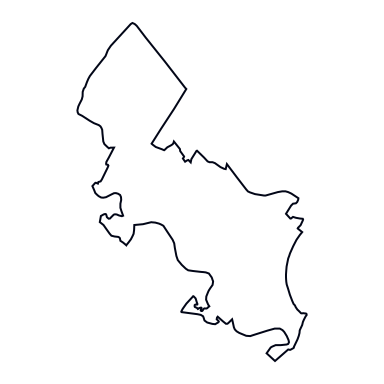 outline of Phan Rang-Thap Cham, Ninh Thuận, Vietnam
{"feature_id": "81297802B48689828615161", "entity_name": "Phan Rang-Thap Cham", "entity_type": "district", "adm_level": 2, "iso_a3": "VNM", "parent_name": "Vietnam", "parent_adm1": "Ninh Thuận", "projection": "natural_earth1", "projection_center": [108.979, 11.602], "detail": "fine", "context": "isolated", "style": "outline", "palette": "ink", "viewbox_px": 384, "rotation_deg": 0, "n_neighbors": 0, "source": "geoboundaries", "source_scale": "gbopen_adm2", "svg_char_len": 4333}
<svg xmlns="http://www.w3.org/2000/svg" viewBox="0 0 384 384"><path d="M131.5,23.6L130.8,24.0L110.9,45.7L107.9,50.1L107.2,51.8L106.4,53.9L105.5,56.1L96.1,67.9L89.9,76.0L88.4,78.7L86.9,82.2L85.2,86.9L83.8,88.6L82.7,91.9L82.6,96.3L81.8,99.4L79.5,103.9L78.3,106.5L77.4,110.4L77.7,112.4L78.5,114.0L82.1,115.8L89.8,120.8L94.0,123.2L98.8,125.1L100.5,126.4L101.5,128.1L102.2,129.8L102.5,133.9L103.3,141.5L104.4,144.1L107.5,147.1L108.9,148.3L110.4,147.7L114.0,147.6L108.9,157.4L106.4,161.9L106.1,163.8L106.3,164.5L107.9,164.8L108.4,165.7L107.6,167.7L101.9,179.4L100.6,181.4L98.4,182.0L97.9,183.6L96.0,182.8L95.4,182.8L94.6,183.6L92.4,186.1L94.0,189.7L95.3,193.0L96.9,194.6L98.6,196.1L101.1,197.5L103.2,197.7L106.0,197.2L111.7,194.3L114.0,193.2L115.9,193.1L118.0,193.7L120.1,195.0L121.0,197.1L121.2,199.9L120.4,203.7L120.4,207.8L121.4,211.0L123.1,215.7L121.9,216.2L119.1,215.5L116.8,214.5L115.1,214.3L114.5,214.4L113.7,214.7L111.0,217.4L110.0,218.5L108.7,218.7L107.5,217.7L106.9,217.1L106.3,214.9L105.8,214.1L105.1,214.0L103.7,214.4L100.9,216.0L99.8,222.1L103.5,225.0L106.3,229.0L109.6,233.6L111.4,235.7L114.6,236.5L118.2,236.9L119.3,237.5L119.9,238.2L120.4,240.8L123.0,242.5L125.4,244.5L126.3,245.3L126.4,245.1L128.5,242.5L130.9,239.3L132.5,236.2L133.6,233.8L134.1,230.0L134.3,225.0L143.0,224.2L151.3,222.2L152.0,222.3L155.3,222.6L159.0,223.6L161.3,224.6L163.4,225.8L167.2,231.6L172.6,239.7L174.2,243.3L174.9,248.2L176.4,256.0L177.8,260.1L181.7,264.8L185.8,268.7L188.2,270.3L193.0,271.0L200.9,271.9L203.4,272.1L205.8,272.4L208.9,273.5L211.7,277.4L212.1,278.5L212.5,279.8L213.1,281.3L212.9,282.9L212.7,284.1L212.6,284.9L210.4,288.0L208.8,290.5L208.1,292.0L206.3,296.5L206.1,299.7L208.1,304.5L209.3,306.3L208.3,307.1L207.2,308.2L206.4,308.5L205.6,308.5L204.6,308.4L204.2,308.5L203.7,308.9L202.4,310.8L202.0,311.0L201.4,311.0L201.0,310.8L200.7,310.3L200.8,309.9L201.5,308.2L201.5,307.9L201.3,307.7L201.0,307.6L200.1,307.8L199.1,308.1L198.2,308.8L197.9,309.0L196.9,307.9L195.8,307.4L194.9,307.0L194.7,306.7L194.6,305.9L194.7,305.1L195.3,304.6L196.0,304.5L197.1,304.6L197.3,304.5L197.4,304.2L197.4,303.9L196.7,302.0L196.2,300.3L195.6,298.4L193.7,296.4L193.2,296.2L192.4,297.1L186.4,303.6L182.8,308.7L181.8,310.5L181.3,311.6L181.5,312.1L191.4,313.4L197.5,314.2L200.8,314.9L203.1,316.3L203.7,317.9L204.5,320.5L207.2,322.5L212.3,323.9L215.2,324.2L218.2,322.4L218.8,321.7L218.4,320.8L216.7,319.3L217.0,317.6L217.7,316.7L222.9,321.3L226.0,323.8L227.5,323.7L228.9,322.5L232.1,319.3L232.6,321.3L233.9,327.3L234.8,329.4L236.6,331.3L239.2,332.9L246.2,335.8L250.3,336.1L251.7,335.6L254.8,334.6L267.5,330.6L274.7,328.6L279.8,328.6L282.5,330.1L284.1,331.8L284.4,332.2L286.8,336.1L288.5,340.0L289.0,342.2L288.2,343.9L286.7,344.5L281.0,345.1L275.7,345.1L272.2,346.6L270.7,347.5L266.6,353.3L275.0,361.0L286.7,350.8L288.2,349.5L288.8,349.6L289.6,349.8L290.4,349.8L293.6,348.0L293.9,347.4L293.9,346.9L297.5,339.4L298.8,335.8L299.5,333.0L299.7,330.6L300.0,329.7L302.2,325.0L302.9,322.0L303.9,319.7L305.6,316.4L306.6,315.1L306.6,314.4L306.4,313.8L305.9,313.5L304.6,313.4L303.5,313.2L303.0,313.2L301.9,313.4L301.0,313.2L299.2,311.3L297.3,309.5L295.7,307.1L295.0,305.5L294.5,304.9L293.6,304.0L292.2,300.8L289.9,294.8L288.1,288.8L287.1,285.7L286.7,284.4L286.3,281.9L286.1,279.4L286.0,277.2L286.0,274.4L286.3,270.0L286.6,266.5L288.2,258.5L289.2,255.9L290.0,253.4L293.2,246.2L296.5,239.8L299.9,234.9L301.8,232.6L302.2,232.1L297.7,228.5L298.0,227.8L300.6,225.2L302.7,220.7L303.1,219.6L302.8,218.8L299.8,218.5L295.9,217.8L293.0,216.9L291.0,218.5L290.3,218.5L286.0,213.8L291.1,205.6L293.0,203.7L295.9,203.3L297.2,202.0L298.2,199.7L298.4,198.2L291.4,193.6L288.2,192.1L285.4,191.3L282.4,191.3L277.8,192.1L265.7,195.5L263.8,195.5L255.0,194.1L250.0,192.4L247.9,191.4L246.9,190.2L246.4,189.7L236.7,177.1L226.9,164.1L225.7,169.1L224.1,168.8L220.5,167.1L214.9,163.1L212.5,162.2L209.5,162.2L207.6,161.4L204.0,157.5L197.0,150.7L196.5,150.9L193.7,155.4L191.4,159.1L190.7,162.4L188.4,160.0L187.3,160.3L185.1,161.7L182.9,158.5L183.8,157.3L184.1,156.5L180.2,151.1L179.9,149.0L173.9,141.5L173.4,143.1L172.7,144.2L170.9,145.4L167.3,147.3L164.3,150.2L164.1,150.2L161.8,149.2L155.8,147.0L152.6,144.6L151.6,143.7L161.1,128.7L174.0,109.0L186.3,89.0L185.0,87.6L164.9,61.6L145.7,37.6L136.7,25.8L134.8,24.1L133.6,23.5L132.4,23.0L131.5,23.6Z" fill="none" stroke="#020617" stroke-width="2"/></svg>